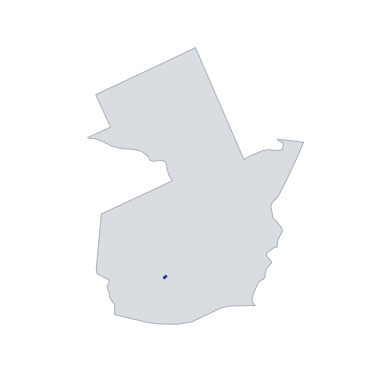 Santa Cruz La Laguna, Sololá, Guatemala shown in context, rotated 335°
{"feature_id": "79465075B11038489211128", "entity_name": "Santa Cruz La Laguna", "entity_type": "district", "adm_level": 2, "iso_a3": "GTM", "parent_name": "Guatemala", "parent_adm1": "Sololá", "projection": "orthographic", "projection_center": [-91.223, 14.744], "detail": "fine", "context": "in_parent", "style": "filled", "palette": "blue", "viewbox_px": 384, "rotation_deg": 335, "n_neighbors": 0, "source": "geoboundaries", "source_scale": "gbopen_adm2", "svg_char_len": 1940}
<svg xmlns="http://www.w3.org/2000/svg" viewBox="0 0 384 384"><g transform="rotate(335 192 192)"><path d="M69.7,270.2L71.3,268.5L72.6,264.8L74.3,260.9L73.3,256.5L72.7,252.9L74.6,247.6L74.5,243.7L75.4,241.2L78.1,239.7L79.6,236.7L71.7,226.3L71.8,223.9L72.8,221.0L79.3,210.0L87.0,196.8L95.4,182.4L100.5,173.6L118.9,173.6L131.1,173.6L146.6,173.6L163.4,173.6L174.4,173.5L179.0,173.4L178.2,167.8L178.8,161.5L180.8,155.8L180.7,153.3L177.4,150.2L171.1,148.4L167.5,145.7L167.5,142.3L165.9,138.1L162.8,133.2L156.4,128.2L146.7,123.1L138.5,116.3L131.7,107.7L125.9,102.1L121.5,99.8L120.5,98.6L133.4,98.7L145.7,98.8L145.7,86.4L145.8,75.5L145.9,63.1L168.0,63.1L194.5,63.0L221.9,62.9L243.4,62.7L256.1,62.6L255.7,78.0L255.2,95.8L254.8,108.9L254.4,126.3L253.9,144.2L253.2,168.5L252.7,184.3L253.0,184.6L260.3,183.8L271.0,184.4L273.7,184.3L277.0,185.6L279.5,186.0L285.0,189.5L291.5,192.1L295.5,186.7L293.3,183.4L291.7,181.8L291.9,180.3L314.3,194.1L311.7,196.3L306.1,201.3L296.0,210.0L286.8,217.8L278.0,224.8L270.1,231.1L269.1,231.8L259.0,236.3L257.3,238.4L255.2,247.2L254.3,249.4L256.2,254.3L258.1,261.9L257.5,265.8L250.5,270.8L247.3,275.2L245.9,278.0L244.6,277.3L242.5,277.1L237.4,278.2L235.0,278.5L233.0,279.8L232.8,282.5L234.2,286.9L234.7,289.2L233.3,290.2L227.1,293.0L224.6,295.6L222.3,299.7L219.6,301.4L216.8,301.1L214.8,301.7L210.5,304.8L204.0,310.7L200.6,315.2L200.5,318.4L201.2,321.4L177.5,311.1L169.6,309.3L136.5,309.6L122.3,305.5L106.1,297.5L95.1,290.3L69.7,270.2Z" fill="#d9dde1" stroke="#a8b0b8" stroke-width="1"/><path d="M133.2,257.9L133.2,257.6L133.2,257.1L133.1,256.9L132.8,256.6L132.4,256.8L132.1,257.0L131.9,257.2L131.6,257.2L130.6,257.4L130.3,257.3L130.2,257.7L130.1,258.0L130.2,258.3L130.4,258.6L130.5,258.7L130.8,258.5L131.0,258.6L131.3,258.6L131.5,258.5L131.7,258.4L131.8,258.3L131.9,258.2L132.0,258.2L132.3,258.2L132.5,258.1L132.8,258.0L133.0,258.0L133.0,257.9L133.2,257.9Z" fill="#3b82f6" stroke="#1e3a8a" stroke-width="1.5"/></g></svg>